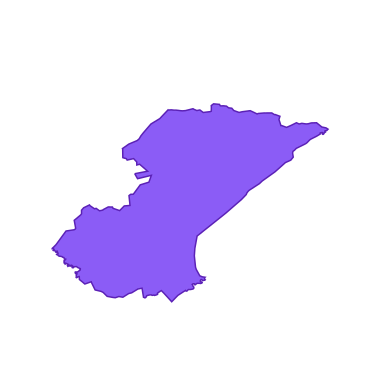 the district of Jakusko, Yobe, Nigeria, rotated 237°
{"feature_id": "59680162B40329870656537", "entity_name": "Jakusko", "entity_type": "district", "adm_level": 2, "iso_a3": "NGA", "parent_name": "Nigeria", "parent_adm1": "Yobe", "projection": "equal_earth", "projection_center": [10.871, 12.419], "detail": "fine", "context": "isolated", "style": "filled", "palette": "violet", "viewbox_px": 384, "rotation_deg": 237, "n_neighbors": 0, "source": "geoboundaries", "source_scale": "gbopen_adm2", "svg_char_len": 5813}
<svg xmlns="http://www.w3.org/2000/svg" viewBox="0 0 384 384"><g transform="rotate(237 192 192)"><path d="M273.9,216.5L271.1,204.9L271.4,194.6L268.2,183.6L266.9,179.7L265.4,176.7L265.0,174.1L266.6,165.1L266.3,157.3L265.7,157.2L258.5,152.7L257.4,153.6L255.8,155.0L255.1,155.1L254.1,155.0L251.8,161.2L247.3,162.0L244.7,160.4L243.8,163.2L233.6,166.1L238.3,154.5L238.0,153.9L232.8,153.6L228.1,167.0L223.7,161.2L226.2,152.5L222.1,141.6L223.5,139.2L223.3,137.2L214.5,132.7L217.2,127.6L217.1,127.1L215.8,121.2L221.3,116.9L222.7,117.1L225.1,113.6L225.6,107.9L225.4,107.3L226.6,104.2L230.5,102.7L231.0,101.1L236.1,99.0L237.0,99.0L237.7,93.2L237.8,92.6L236.9,89.4L233.9,87.5L233.4,86.2L232.4,77.8L225.0,74.7L224.5,74.0L224.5,72.7L224.7,72.2L227.9,65.1L222.0,49.6L221.9,49.3L221.0,45.2L221.0,44.8L220.9,44.3L220.7,44.0L220.4,44.6L220.4,44.9L220.5,45.2L220.4,45.3L220.2,45.2L219.9,44.9L219.6,44.8L219.3,44.7L219.0,44.9L218.8,44.9L218.9,44.5L219.0,44.1L218.9,43.8L218.7,43.7L218.4,43.8L218.3,44.2L218.1,44.5L218.0,44.8L217.6,44.9L217.0,45.1L216.5,45.0L215.8,45.0L215.4,45.1L215.3,45.3L215.5,45.7L215.8,45.9L216.0,46.1L216.0,46.4L215.9,46.7L214.9,46.5L214.3,46.3L213.6,46.3L213.3,46.1L213.3,45.7L213.2,45.5L213.3,45.2L213.4,44.9L213.5,44.7L213.4,44.4L213.1,44.5L213.0,44.9L212.8,45.1L212.7,45.4L212.3,45.2L211.8,45.1L211.1,45.3L210.3,45.9L209.9,46.3L209.5,47.0L209.0,47.3L208.5,47.9L208.1,47.9L207.6,48.1L207.4,48.3L207.1,48.5L206.9,48.8L206.7,48.9L206.4,48.8L206.1,48.7L205.6,48.7L205.3,48.9L205.2,48.8L204.8,48.7L204.6,49.0L204.4,49.4L204.2,49.2L204.2,48.8L204.2,48.4L204.1,48.1L204.1,47.8L204.3,47.5L204.0,47.3L203.7,47.2L203.3,46.7L203.1,46.6L202.8,46.8L202.4,46.8L202.2,46.5L202.2,46.2L201.8,46.1L201.5,46.3L201.2,46.5L200.8,46.5L200.6,46.4L200.5,47.1L200.5,47.4L200.7,47.6L200.0,48.1L199.1,48.7L198.9,48.6L198.9,48.2L198.6,47.9L198.5,48.3L198.4,48.7L198.2,49.0L198.0,48.9L198.0,48.4L197.9,48.0L197.8,47.6L197.6,47.4L197.4,47.4L197.2,47.4L197.2,47.9L197.1,48.4L196.9,48.8L196.9,49.4L196.9,49.7L196.8,49.9L196.6,49.9L196.5,49.6L196.2,49.5L195.9,50.1L195.9,50.6L196.0,50.9L196.1,51.2L195.6,51.4L195.0,51.6L194.4,51.7L194.1,51.5L194.0,51.2L194.5,50.9L194.5,50.6L194.2,50.4L193.7,50.4L193.4,50.8L193.2,51.1L193.1,51.4L193.2,51.6L193.3,51.9L193.4,52.3L193.4,52.8L193.1,53.2L192.9,53.5L192.7,54.0L192.5,54.4L192.0,54.6L191.7,54.8L191.1,54.9L190.8,55.1L190.4,55.3L190.2,55.6L189.9,55.8L189.5,55.9L189.0,56.0L188.8,56.3L188.6,56.6L188.3,56.5L188.0,56.2L187.6,55.8L187.4,55.3L187.6,54.9L187.5,54.5L187.3,54.1L187.4,52.2L187.5,51.9L187.8,51.6L188.1,51.3L188.3,51.0L188.4,50.7L188.4,50.3L188.2,50.2L187.9,50.2L187.5,50.0L187.2,49.9L186.9,50.1L186.9,50.5L186.8,50.9L186.7,51.1L186.2,51.1L185.9,50.9L185.8,50.5L185.7,50.0L185.4,49.6L184.7,49.4L184.3,49.1L183.9,49.0L183.8,48.8L183.8,48.6L183.7,48.4L183.4,48.3L183.1,48.4L183.0,48.6L182.9,49.2L182.9,49.5L183.0,50.1L182.9,50.5L182.7,50.9L182.5,51.4L179.9,49.9L176.0,51.2L174.5,51.6L173.2,52.0L171.6,58.6L170.2,58.3L162.6,57.4L158.2,61.6L156.2,62.8L150.7,64.0L146.7,68.2L145.1,70.1L144.2,73.7L141.5,76.6L141.4,76.8L141.3,83.7L141.2,83.9L140.3,86.5L140.1,93.8L138.9,96.8L138.5,97.7L130.1,94.0L129.7,94.4L129.0,94.7L128.7,95.4L128.9,96.3L129.2,96.9L129.6,97.3L129.6,97.8L129.4,98.6L129.1,99.4L128.8,100.2L128.5,100.9L128.1,101.5L127.7,102.0L127.1,102.2L126.7,102.9L126.4,103.8L126.1,104.1L125.7,104.2L125.5,104.9L125.3,105.3L125.1,106.1L125.0,106.6L124.9,107.3L125.1,107.6L125.6,107.6L125.9,107.8L126.0,108.5L126.1,109.3L126.0,110.5L126.1,111.3L126.0,112.6L122.6,113.3L117.3,114.2L111.0,115.2L113.0,123.9L113.0,132.9L112.4,132.9L112.1,133.1L111.8,133.6L111.7,134.0L111.9,134.8L112.1,135.3L112.1,135.8L112.0,136.2L111.6,136.7L111.3,137.1L110.9,137.9L110.7,138.4L110.5,138.9L110.3,139.5L110.1,140.0L110.2,140.7L110.4,141.2L110.8,141.4L111.2,141.7L111.6,141.7L112.1,141.5L112.5,141.6L113.0,141.7L113.4,141.8L113.8,142.0L114.1,141.8L114.4,141.8L114.5,142.6L114.3,143.2L114.0,143.7L113.7,144.0L113.4,144.1L113.0,143.9L112.5,143.9L112.4,144.4L112.5,144.9L112.6,145.5L112.7,146.1L112.4,146.9L111.8,147.8L111.2,148.7L110.5,149.5L110.4,150.1L110.3,150.8L110.4,151.2L110.7,151.3L111.1,151.3L111.4,151.0L111.7,150.6L112.0,150.4L112.4,150.3L112.7,150.4L113.1,150.8L113.4,151.2L113.6,151.8L113.4,152.3L112.9,152.6L112.3,152.6L111.9,152.9L111.5,153.5L111.4,154.1L111.1,154.5L111.1,154.9L111.2,155.3L111.5,155.2L112.0,155.2L112.3,155.3L112.8,155.6L113.3,155.9L113.4,156.5L115.3,154.4L117.5,152.9L124.7,153.4L127.0,154.0L137.2,159.2L143.3,163.8L152.3,172.3L155.9,209.0L158.8,229.6L160.3,236.1L161.2,237.3L161.9,239.1L162.2,240.4L162.3,241.5L162.3,249.1L162.3,253.2L163.0,256.9L163.7,272.6L165.8,286.4L164.9,292.2L166.1,295.9L169.9,297.6L170.9,298.6L171.1,298.9L171.2,300.7L171.8,303.2L170.6,313.7L170.7,315.3L171.6,319.2L171.6,319.7L171.6,320.7L170.9,327.1L170.8,331.1L171.3,331.3L171.7,331.7L171.6,332.2L171.2,333.2L170.8,333.8L170.7,333.9L170.2,333.7L170.0,333.2L169.9,332.9L169.5,332.9L169.0,333.2L168.9,333.5L169.0,333.9L169.0,334.2L169.4,334.9L169.6,335.3L169.6,336.4L170.2,336.3L170.8,336.7L170.8,337.1L170.2,338.0L170.2,338.7L170.3,339.2L170.5,339.8L170.6,340.3L172.8,339.3L175.8,336.3L182.2,334.2L185.0,329.6L185.9,326.7L186.9,324.8L189.8,321.5L190.7,318.9L193.2,317.3L193.9,311.4L194.7,306.5L199.0,303.3L199.3,302.7L201.3,303.3L205.4,304.4L207.6,307.0L211.6,304.0L212.1,303.2L214.8,302.0L218.8,295.8L218.9,295.7L221.8,290.3L222.0,289.1L224.7,287.5L228.5,285.1L231.9,278.0L232.4,276.7L233.1,274.8L237.6,271.4L240.6,271.0L242.7,268.5L245.2,267.7L247.1,265.4L248.5,263.1L248.9,262.7L249.9,262.7L250.5,262.8L254.2,258.1L254.0,255.2L252.7,254.5L249.3,252.2L249.5,251.0L252.6,244.7L256.5,243.3L257.7,240.4L260.4,238.6L261.3,238.2L263.8,230.9L265.2,228.3L266.4,226.7L267.8,225.1L269.5,223.0L270.6,221.3L272.1,219.5L273.8,216.5L273.9,216.5Z" fill="#8b5cf6" stroke="#5b21b6" stroke-width="1.5"/></g></svg>